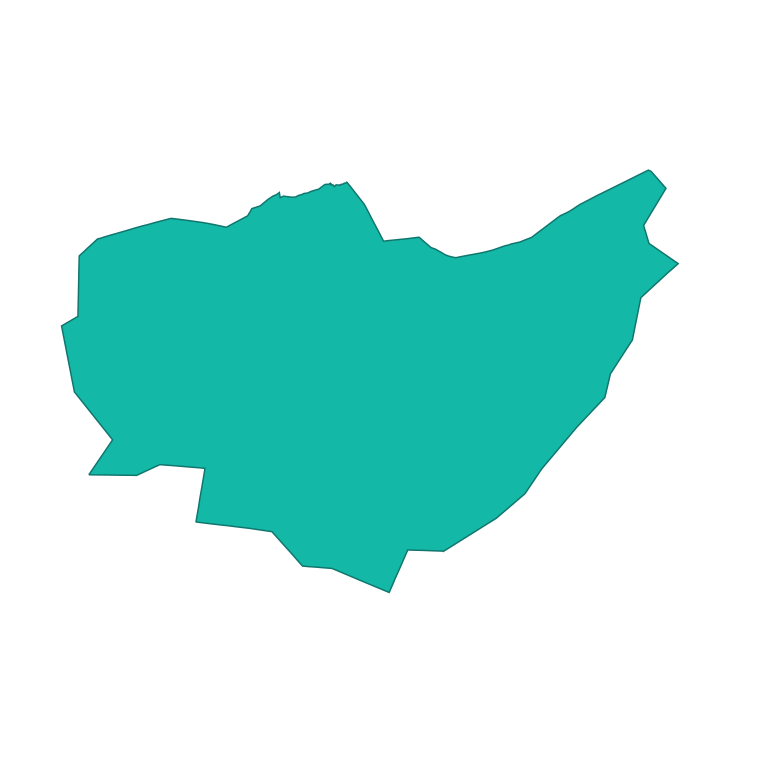 Bayanzu'rx, Ulaanbaatar, Mongolia (Albers equal-area conic projection), rotated 81°
{"feature_id": "93677404B78572073396815", "entity_name": "Bayanzu'rx", "entity_type": "district", "adm_level": 2, "iso_a3": "MNG", "parent_name": "Mongolia", "parent_adm1": "Ulaanbaatar", "projection": "albers", "projection_center": [107.069, 47.965], "detail": "fine", "context": "isolated", "style": "filled", "palette": "teal", "viewbox_px": 768, "rotation_deg": 81, "n_neighbors": 0, "source": "geoboundaries", "source_scale": "gbopen_adm2", "svg_char_len": 3347}
<svg xmlns="http://www.w3.org/2000/svg" viewBox="0 0 768 768"><g transform="rotate(81 384 384)"><path d="M214.1,89.4L215.5,93.9L217.6,100.6L219.9,107.9L222.0,114.5L224.2,121.6L225.3,125.1L226.9,130.3L228.8,136.4L229.5,138.5L230.4,141.6L231.6,145.4L233.5,150.9L234.8,154.8L236.5,159.9L237.2,162.0L238.7,165.5L240.9,170.2L242.7,174.5L244.2,179.4L245.3,183.4L246.0,184.7L247.2,187.1L250.8,193.8L255.5,202.6L258.6,208.5L262.2,215.1L262.3,215.4L264.0,223.1L265.1,227.9L265.1,229.0L265.6,236.5L265.7,237.0L266.2,238.8L266.3,242.0L266.7,244.6L267.9,251.1L268.7,255.6L269.1,259.5L269.6,265.8L269.8,270.6L270.0,280.1L270.3,289.9L270.5,293.2L269.4,296.4L267.6,300.5L266.6,302.1L266.0,303.3L262.8,307.1L258.8,312.2L256.6,316.2L250.6,321.3L244.5,326.4L244.2,335.6L244.1,338.6L243.6,347.5L243.4,350.9L243.0,357.8L242.9,362.1L233.5,365.2L223.5,368.6L219.7,369.9L208.5,373.6L204.2,375.1L202.8,375.7L200.3,377.1L189.3,383.2L184.4,385.9L179.4,388.8L178.9,389.3L179.3,389.6L179.6,390.7L179.4,391.9L180.1,392.8L180.1,394.4L180.1,395.1L180.8,395.9L180.3,397.0L180.5,398.3L180.1,399.0L179.8,400.1L180.2,400.9L181.2,401.7L181.2,402.3L179.6,403.0L179.2,403.7L179.2,405.2L178.8,405.5L178.0,405.0L177.3,405.5L177.6,406.0L178.1,407.7L177.8,409.1L177.7,410.8L178.0,411.7L178.5,412.8L179.6,414.8L181.4,418.2L181.5,419.6L182.3,425.6L183.0,428.2L183.4,429.4L183.3,433.3L184.1,435.8L184.1,436.2L184.3,438.6L185.5,442.3L185.4,442.9L185.2,444.7L184.8,446.9L182.7,453.9L183.7,457.4L178.5,457.4L178.7,457.8L179.2,458.7L179.9,460.1L180.2,460.6L180.6,462.6L181.0,464.2L183.0,468.5L183.8,470.2L185.2,472.5L187.8,476.9L188.7,478.3L189.1,480.8L189.7,484.5L190.1,487.1L192.2,488.7L196.6,492.4L198.0,496.5L199.4,500.5L201.5,506.7L203.5,512.3L204.5,515.2L204.2,516.0L201.3,523.5L200.1,526.6L197.8,533.0L197.0,535.4L196.4,537.0L193.6,546.2L191.4,553.4L189.4,560.3L188.0,565.1L187.1,568.4L187.7,574.7L188.6,584.0L189.6,592.2L189.9,595.8L190.1,598.0L191.0,605.7L192.3,615.3L192.6,617.9L193.7,626.5L194.0,629.5L194.9,636.2L195.4,639.6L195.7,641.4L196.0,644.1L195.9,644.2L201.7,652.9L203.0,654.9L206.1,659.4L209.8,665.0L237.6,670.0L269.3,675.7L273.0,685.1L276.2,693.4L338.0,691.2L343.4,691.0L396.7,660.8L426.2,688.5L426.4,688.7L426.4,688.8L426.9,689.3L427.6,689.1L430.3,673.2L432.2,662.2L434.0,651.7L434.9,646.2L435.6,642.7L432.7,632.6L430.1,623.5L428.6,618.0L431.4,606.1L432.6,601.1L434.9,591.8L436.0,587.3L438.1,578.6L439.3,574.0L443.6,575.4L457.0,579.9L468.0,583.7L477.4,586.7L484.9,589.3L490.6,591.2L490.9,591.1L495.2,576.2L497.0,569.7L499.4,560.9L501.6,553.3L504.3,543.8L505.5,539.5L508.7,529.4L510.9,522.3L512.3,517.8L518.4,513.9L526.6,508.6L536.6,502.1L547.3,495.4L551.1,492.9L552.6,487.0L554.0,480.7L555.8,473.5L557.2,467.6L558.0,464.3L561.0,459.4L566.0,451.4L570.6,444.0L574.5,437.8L581.4,426.6L585.0,420.8L590.7,411.5L582.6,406.3L578.2,403.6L573.0,400.2L569.8,398.1L561.5,392.8L555.4,388.9L551.6,386.5L552.7,381.0L554.4,371.7L556.6,360.6L558.4,351.3L558.5,351.3L556.4,346.3L546.8,323.8L544.8,319.1L534.1,294.0L527.6,283.4L514.4,261.9L492.5,241.5L456.7,200.2L431.9,168.0L417.3,162.0L409.4,158.8L386.9,138.6L379.4,131.8L338.9,116.8L318.3,85.9L311.5,75.1L311.4,75.0L311.1,74.6L308.1,77.8L304.2,81.9L286.6,100.3L278.3,101.4L276.6,101.6L268.0,102.8L238.1,77.6L234.9,74.9L234.3,75.2L233.9,75.5L232.6,76.3L215.8,86.9L214.1,89.4Z" fill="#14b8a6" stroke="#0f766e" stroke-width="1.5"/></g></svg>